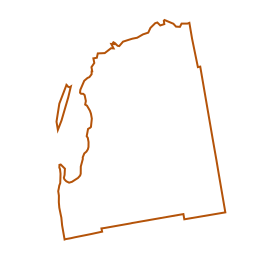 outline of Miami-Dade, Florida, United States of America, rotated 170°
{"feature_id": "52423323B12945765623889", "entity_name": "Miami-Dade", "entity_type": "district", "adm_level": 2, "iso_a3": "USA", "parent_name": "United States of America", "parent_adm1": "Florida", "projection": "orthographic", "projection_center": [-80.389, 25.563], "detail": "fine", "context": "isolated", "style": "outline", "palette": "amber", "viewbox_px": 256, "rotation_deg": 170, "n_neighbors": 0, "source": "geoboundaries", "source_scale": "gbopen_adm2", "svg_char_len": 1657}
<svg xmlns="http://www.w3.org/2000/svg" viewBox="0 0 256 256"><g transform="rotate(170 128 128)"><path d="M46.8,28.0L46.6,69.9L46.5,80.5L46.5,103.3L46.2,175.9L48.6,175.8L49.4,204.9L49.3,220.9L51.3,220.5L53.1,220.8L57.1,221.5L59.3,218.6L63.1,219.5L65.2,222.8L73.3,228.0L74.1,227.4L74.2,224.0L78.4,223.4L80.8,226.8L83.0,226.5L88.5,222.7L91.5,218.4L97.0,217.6L103.3,215.3L108.1,215.2L109.0,215.1L112.1,214.7L117.9,213.9L122.4,210.2L124.0,210.8L126.1,213.8L128.1,215.5L126.9,213.0L129.9,213.7L128.4,208.9L130.9,209.5L137.9,205.8L144.8,206.7L146.5,202.6L150.0,202.6L149.9,197.9L153.4,194.3L153.4,190.0L154.0,190.0L154.5,187.3L157.2,184.8L159.2,184.3L162.9,182.1L168.3,173.9L169.1,171.1L168.3,169.9L166.1,169.4L165.0,167.9L164.8,161.9L166.1,158.5L164.5,157.1L162.5,151.6L162.0,148.5L162.0,143.5L164.3,135.5L165.0,135.0L165.1,134.9L167.5,134.0L170.1,127.1L169.3,125.3L169.3,121.0L170.2,116.2L171.2,114.0L173.0,112.0L175.5,110.5L177.7,106.9L177.8,105.9L177.9,105.3L181.2,98.2L182.5,91.2L183.4,89.5L185.9,87.5L192.6,84.7L195.5,84.4L198.0,86.2L199.5,88.4L199.8,90.1L198.6,92.8L197.2,98.9L200.6,103.7L201.9,103.6L202.5,100.9L202.1,99.3L202.4,94.6L204.3,85.5L205.7,83.2L205.9,82.6L206.7,80.4L207.7,77.9L207.8,73.4L209.0,67.0L209.5,61.4L209.3,53.8L209.2,51.3L209.8,43.5L209.8,29.2L208.5,29.4L203.3,29.4L199.5,29.6L190.7,29.8L185.7,29.9L182.0,30.0L171.5,30.4L171.6,33.7L168.2,33.6L164.7,33.6L154.3,33.6L142.1,33.6L140.4,33.7L88.4,33.6L88.4,28.3L46.8,28.0ZM177.1,178.8L178.1,178.4L178.7,178.4L180.0,179.2L180.7,180.7L181.1,181.2L181.4,180.6L191.4,163.9L197.3,146.7L197.4,138.3L192.2,146.9L181.5,168.6L177.1,178.8Z" fill="none" stroke="#b45309" stroke-width="2"/></g></svg>